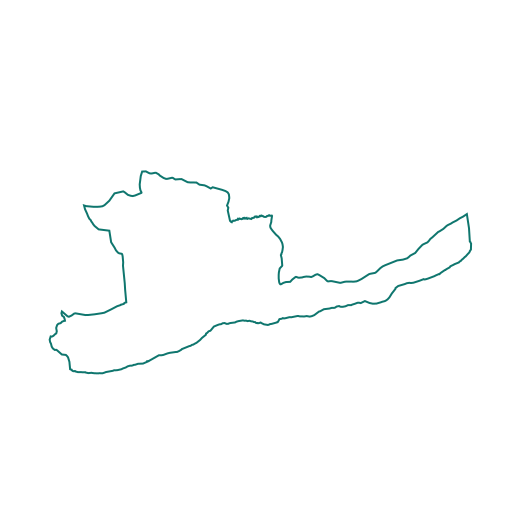 the district of Bongandanga, Équateur, Democratic Republic of the Congo, rotated 173°
{"feature_id": "63176286B86504731111535", "entity_name": "Bongandanga", "entity_type": "district", "adm_level": 2, "iso_a3": "COD", "parent_name": "Democratic Republic of the Congo", "parent_adm1": "Équateur", "projection": "mercator", "projection_center": [20.934, 1.471], "detail": "fine", "context": "isolated", "style": "outline", "palette": "teal", "viewbox_px": 512, "rotation_deg": 173, "n_neighbors": 0, "source": "geoboundaries", "source_scale": "gbopen_adm2", "svg_char_len": 6100}
<svg xmlns="http://www.w3.org/2000/svg" viewBox="0 0 512 512"><g transform="rotate(173 256 256)"><path d="M235.2,293.8L235.4,294.2L237.2,294.2L237.7,294.8L238.1,294.9L238.7,294.4L240.1,294.4L240.8,293.7L242.1,293.6L243.3,293.9L244.3,294.8L244.7,294.8L245.5,295.5L245.9,295.4L246.4,294.9L247.1,294.9L247.1,295.4L247.5,295.4L247.9,294.8L248.5,294.4L249.0,294.4L249.6,294.7L249.8,294.3L250.2,294.3L250.2,294.6L250.0,294.8L250.4,295.2L251.0,294.9L251.6,295.0L251.8,295.3L252.5,295.2L253.0,294.4L253.5,294.2L254.0,294.3L254.7,294.0L255.2,294.2L256.2,293.3L258.8,294.3L259.5,294.3L259.9,293.9L260.2,294.0L260.9,294.3L260.9,294.8L261.4,294.6L261.6,294.8L262.1,294.4L263.6,294.6L263.4,295.3L263.9,295.3L264.5,295.1L264.8,294.6L265.2,294.4L265.9,294.3L266.3,294.6L267.3,294.7L267.7,295.2L268.7,295.1L268.7,294.8L269.0,294.5L269.5,295.0L270.0,294.2L271.3,294.2L272.4,293.7L273.6,293.6L274.3,293.9L275.3,293.1L275.7,293.2L276.0,292.5L276.4,292.7L277.5,294.1L278.5,304.6L277.6,307.3L278.6,309.6L276.7,313.2L275.5,316.6L275.4,317.7L275.4,320.2L275.6,321.0L276.3,322.5L277.1,323.2L278.4,324.2L281.6,325.8L290.6,329.5L292.7,328.5L296.6,331.3L298.5,332.4L303.4,333.7L306.2,336.2L312.3,337.0L314.9,337.6L320.5,341.4L322.3,341.6L326.7,341.8L327.8,342.6L328.8,343.5L329.7,343.9L334.5,343.4L335.9,343.5L338.2,344.7L341.7,347.6L342.6,348.9L345.2,350.8L346.0,350.9L349.5,350.6L351.2,350.9L352.3,351.5L355.0,353.4L358.7,353.7L360.6,349.5L362.7,341.3L362.9,338.0L362.7,335.3L361.9,333.1L362.1,332.6L368.6,330.8L371.0,330.5L372.9,331.0L375.7,332.3L378.6,335.3L379.9,336.3L388.8,335.4L394.9,328.7L400.2,324.9L402.3,324.1L404.9,324.0L408.0,324.2L411.6,324.7L418.5,326.2L420.5,327.1L420.0,323.3L418.5,318.6L417.9,316.1L416.9,313.3L415.6,311.6L415.3,310.4L414.5,309.1L413.7,307.3L412.5,305.4L408.9,301.6L398.5,299.0L398.1,287.3L395.3,281.4L394.3,278.7L393.3,277.2L392.4,276.0L391.4,275.3L389.1,274.6L388.7,274.2L388.5,273.2L388.4,271.7L388.6,265.9L389.2,262.6L389.6,245.0L390.0,238.5L390.4,225.8L392.3,225.5L392.7,224.8L393.3,224.5L396.2,224.1L396.4,223.8L399.9,223.1L406.2,220.7L413.4,218.2L416.2,218.0L423.3,217.8L429.9,217.9L432.6,218.2L442.2,221.1L443.5,221.0L446.3,219.4L449.1,218.5L450.4,219.1L455.4,224.6L456.1,222.9L455.7,220.4L454.1,218.9L453.6,216.7L453.5,215.0L454.8,214.9L456.6,214.4L457.6,213.5L458.4,213.1L460.1,212.9L460.9,212.5L461.8,211.7L463.0,209.2L463.1,208.4L462.9,205.6L463.7,203.5L465.1,202.8L466.6,201.6L467.9,201.0L468.7,200.9L469.6,201.2L471.0,198.1L470.8,195.6L470.2,194.0L469.8,190.9L468.9,189.0L467.2,187.3L465.6,187.2L465.0,186.7L460.7,181.9L456.8,181.0L455.8,179.8L454.9,178.3L454.1,173.7L454.3,166.3L453.0,165.7L453.1,165.4L452.0,164.3L451.3,163.9L449.7,163.9L449.3,163.6L449.3,163.4L446.8,162.4L443.9,162.1L442.7,161.8L439.6,161.4L439.5,161.2L436.7,160.2L433.3,160.1L433.0,159.9L430.6,159.3L426.6,158.7L425.8,158.8L424.2,158.5L422.7,158.3L420.6,158.7L419.1,159.1L412.1,159.5L410.7,159.9L409.8,159.7L407.4,159.6L403.4,160.0L401.8,160.6L398.9,161.2L396.9,162.1L394.4,162.5L392.7,162.3L391.1,162.6L390.8,162.8L389.1,162.8L386.3,163.4L381.3,163.0L376.8,164.3L377.2,164.6L377.1,164.8L375.1,164.9L364.5,169.3L361.9,169.0L360.0,169.1L355.8,170.1L353.5,170.4L347.4,170.5L346.0,170.4L344.0,171.0L341.5,172.1L341.0,172.6L333.2,174.7L331.9,174.8L330.4,175.6L329.1,175.7L327.3,176.5L325.6,177.1L321.7,179.5L319.6,181.3L315.4,183.9L315.0,185.1L313.7,185.7L312.5,186.8L311.6,187.2L310.6,187.3L310.1,187.6L306.4,191.1L302.5,192.2L300.7,192.6L298.9,192.6L297.3,193.3L295.4,193.3L293.4,192.2L291.7,192.1L291.0,192.4L289.6,192.6L284.9,192.6L283.4,193.2L281.3,193.5L276.9,193.7L275.0,193.1L273.8,193.1L272.4,192.4L270.3,192.5L268.9,191.8L267.2,191.4L266.1,190.7L264.8,190.4L264.3,189.7L263.7,189.4L262.6,189.3L262.5,189.1L261.5,189.0L259.5,189.4L259.3,189.1L256.4,187.2L252.6,186.1L251.0,186.4L250.5,186.7L248.8,186.7L242.9,187.6L242.8,187.9L242.2,188.0L240.4,190.5L238.1,190.6L236.9,191.1L235.9,190.6L234.1,190.7L230.3,191.2L228.4,190.9L222.0,191.4L221.3,191.3L220.2,190.8L215.5,190.1L213.0,190.2L210.1,189.3L207.9,189.5L205.4,190.2L200.2,193.2L199.1,193.3L195.1,194.9L189.5,194.9L187.0,195.3L184.7,195.0L183.6,195.2L182.2,196.0L179.6,196.2L179.2,195.8L177.9,195.2L176.0,195.0L173.3,195.2L170.7,196.0L167.5,195.6L166.6,196.0L163.8,196.5L161.0,197.2L159.5,197.1L157.8,196.5L153.4,198.0L149.0,195.5L145.8,194.4L142.2,194.1L137.9,194.8L136.2,195.2L133.8,195.5L132.8,195.8L130.7,196.9L128.6,198.7L125.8,202.2L121.7,206.3L121.4,207.2L118.5,208.9L111.8,210.0L109.6,210.6L107.1,210.7L105.5,210.3L103.0,210.3L96.7,211.5L92.4,212.6L91.9,212.2L90.5,212.2L88.2,212.6L81.2,214.3L80.3,214.7L76.6,215.8L76.1,215.6L75.1,216.5L70.3,219.0L69.7,219.0L68.9,219.6L65.2,221.1L64.3,222.1L60.5,223.4L60.3,223.6L55.4,224.9L54.6,225.7L53.4,226.1L52.2,227.2L50.7,228.1L48.7,229.7L48.1,229.9L45.5,232.2L43.9,233.5L43.1,234.7L43.1,234.9L41.9,236.2L41.0,242.1L41.5,243.4L41.5,243.7L42.0,244.3L41.2,257.6L41.6,271.9L45.8,269.8L49.1,268.6L52.6,266.8L56.8,265.3L58.6,264.4L61.6,263.4L63.1,262.7L66.7,260.1L70.9,258.1L72.2,257.7L78.6,253.1L80.9,251.7L82.5,250.0L84.2,248.6L87.4,247.6L89.3,246.9L90.0,246.4L93.9,243.2L97.6,239.6L102.8,237.6L104.1,236.6L106.2,235.3L110.6,234.5L116.4,234.4L128.9,231.1L131.6,230.2L134.1,228.8L137.6,226.1L139.4,224.9L140.3,224.7L145.0,224.4L146.0,224.2L154.1,220.3L157.7,219.0L159.3,218.6L161.8,218.6L169.7,219.6L171.2,219.6L174.9,219.1L175.8,219.1L183.8,221.8L185.1,222.0L187.6,222.0L188.5,222.6L189.3,223.6L190.9,225.7L195.4,229.3L197.1,230.4L197.7,230.4L199.3,230.1L202.0,228.9L203.8,228.4L205.7,229.0L208.6,229.5L211.2,229.4L212.9,229.1L215.9,229.2L216.8,229.4L218.5,230.3L219.0,230.4L219.4,230.3L222.9,228.2L225.2,226.2L229.5,226.5L232.1,226.0L234.4,225.0L235.0,224.9L235.3,225.0L235.7,225.5L236.1,226.6L236.2,227.8L236.2,231.0L235.8,234.4L235.3,236.9L234.0,240.7L233.2,241.4L231.3,243.0L231.1,243.4L230.8,250.5L231.2,253.9L230.5,254.8L230.5,255.4L229.7,256.5L228.9,258.9L228.2,261.6L228.2,263.1L228.3,264.8L228.6,266.3L230.0,270.0L231.6,272.6L233.5,274.7L236.3,278.8L237.4,280.7L238.2,282.4L238.3,284.1L238.1,284.8L236.7,287.9L236.4,289.6L235.2,293.8Z" fill="none" stroke="#0f766e" stroke-width="2"/></g></svg>